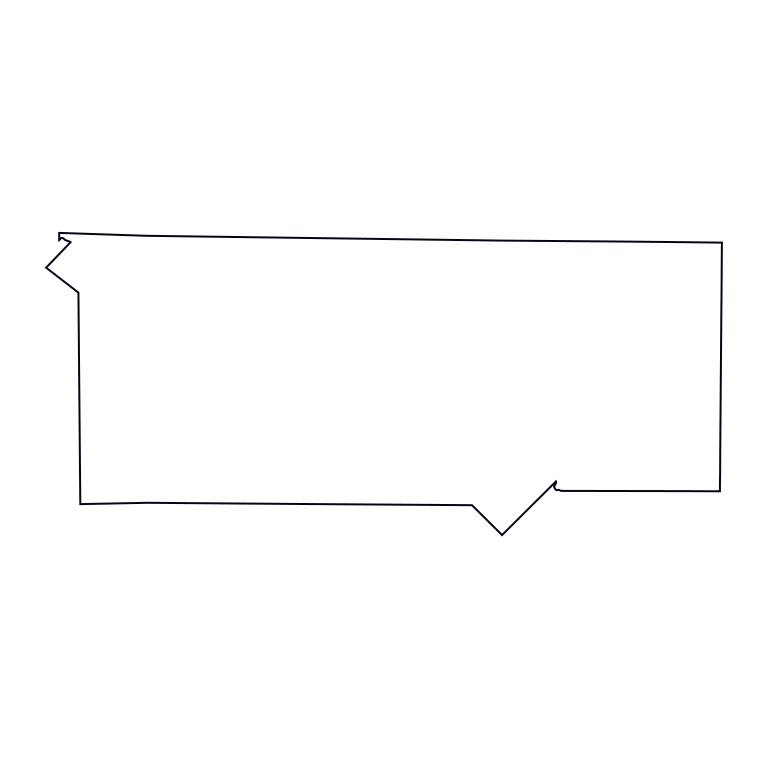 the district of Conesa, Río Negro, Argentina
{"feature_id": "61730980B12252554718289", "entity_name": "Conesa", "entity_type": "district", "adm_level": 2, "iso_a3": "ARG", "parent_name": "Argentina", "parent_adm1": "Río Negro", "projection": "orthographic", "projection_center": [-64.29, -40.178], "detail": "fine", "context": "isolated", "style": "outline", "palette": "ink", "viewbox_px": 768, "rotation_deg": 0, "n_neighbors": 0, "source": "geoboundaries", "source_scale": "gbopen_adm2", "svg_char_len": 1139}
<svg xmlns="http://www.w3.org/2000/svg" viewBox="0 0 768 768"><path d="M721.9,242.6L721.4,242.6L719.4,242.6L686.3,242.2L628.8,241.6L502.1,240.6L146.5,235.8L59.2,232.9L59.2,240.0L59.9,239.4L60.1,239.1L60.5,238.6L60.8,238.3L61.3,238.1L61.7,238.0L62.1,238.0L62.5,238.1L63.0,238.2L63.4,238.5L63.8,238.7L64.3,239.2L64.6,239.7L65.0,239.9L65.4,240.0L66.0,240.3L66.6,240.6L66.9,240.7L67.5,240.9L67.8,241.0L68.3,241.1L68.8,241.3L69.4,241.5L70.1,241.9L70.6,242.2L46.1,267.7L78.4,292.6L78.5,301.2L80.3,504.1L81.6,504.1L147.3,502.8L289.2,503.9L472.0,505.2L501.3,534.3L502.0,535.1L555.9,481.5L556.1,482.1L556.1,482.5L556.1,483.0L555.8,483.6L555.5,483.9L555.2,484.4L555.0,484.8L554.7,485.2L554.4,485.8L554.3,486.2L554.2,486.6L554.2,487.1L554.6,487.8L554.9,488.7L555.4,489.2L555.9,489.7L556.3,490.0L556.7,490.2L557.3,490.2L558.0,490.0L558.7,489.9L559.2,490.0L559.8,490.2L560.3,490.6L560.6,490.8L561.0,490.9L561.7,490.9L562.1,490.9L563.9,490.9L611.2,491.0L666.6,491.1L679.9,491.1L717.5,491.3L717.5,491.2L719.9,491.3L720.0,480.3L720.1,475.9L720.2,458.9L720.2,455.1L721.4,305.6L721.5,298.5L721.9,242.6Z" fill="none" stroke="#020617" stroke-width="2"/></svg>